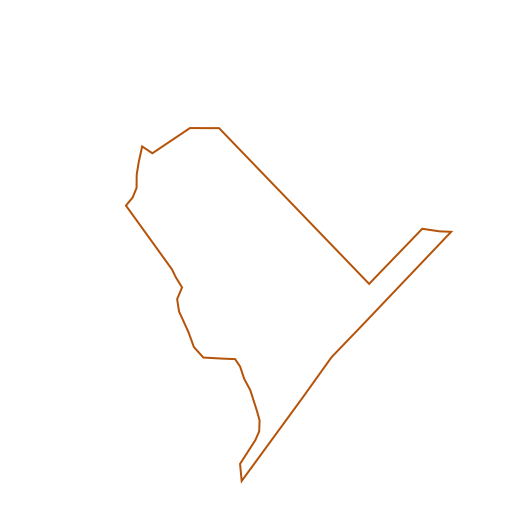 the district of Vista Serrana, Paraíba, Brazil, rotated 138°
{"feature_id": "56859067B19938607115103", "entity_name": "Vista Serrana", "entity_type": "district", "adm_level": 2, "iso_a3": "BRA", "parent_name": "Brazil", "parent_adm1": "Paraíba", "projection": "natural_earth1", "projection_center": [-37.563, -6.761], "detail": "fine", "context": "isolated", "style": "outline", "palette": "amber", "viewbox_px": 512, "rotation_deg": 138, "n_neighbors": 0, "source": "geoboundaries", "source_scale": "gbopen_adm2", "svg_char_len": 596}
<svg xmlns="http://www.w3.org/2000/svg" viewBox="0 0 512 512"><g transform="rotate(138 256 256)"><path d="M267.3,413.6L280.4,404.2L290.2,396.3L299.2,386.5L308.6,382.0L318.9,380.5L327.4,302.3L329.9,293.6L332.0,282.1L343.5,276.7L350.3,266.3L357.1,244.7L363.1,229.9L363.1,215.8L350.0,202.6L340.5,193.3L341.8,184.5L347.0,172.5L350.0,160.2L358.9,140.4L363.3,131.5L370.9,123.6L379.7,119.6L406.9,112.2L417.2,98.4L315.9,119.6L267.3,130.3L223.8,133.4L94.8,143.4L103.3,151.7L114.2,165.0L190.6,159.6L197.9,375.7L219.5,395.3L264.3,401.7L267.3,413.6Z" fill="none" stroke="#b45309" stroke-width="2"/></g></svg>